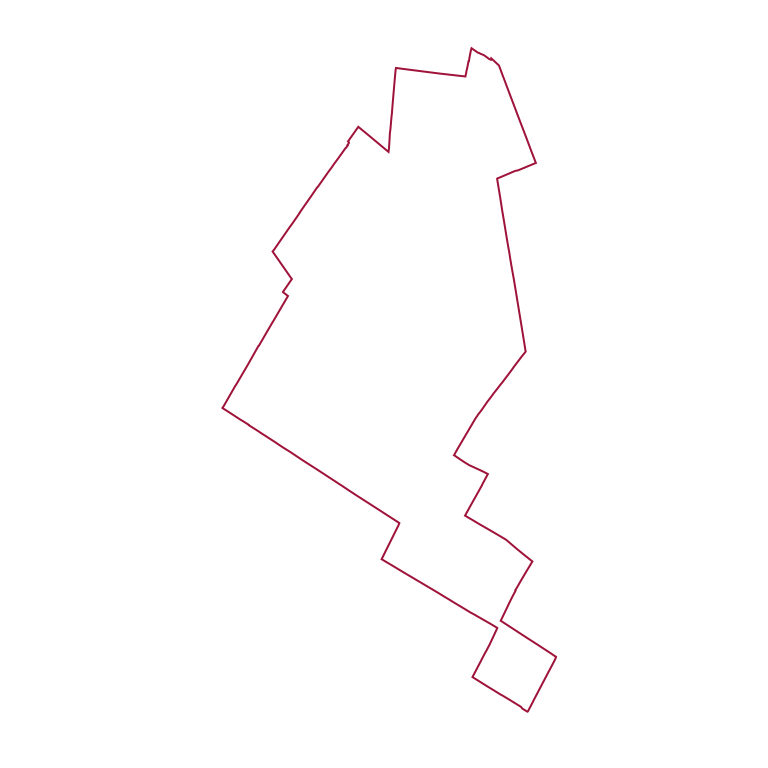 outline of Garbovi, Ialomita, Romania, rotated 88°
{"feature_id": "2599482B59574736363397", "entity_name": "Garbovi", "entity_type": "district", "adm_level": 2, "iso_a3": "ROU", "parent_name": "Romania", "parent_adm1": "Ialomita", "projection": "natural_earth1", "projection_center": [26.782, 44.778], "detail": "fine", "context": "isolated", "style": "outline", "palette": "rose", "viewbox_px": 768, "rotation_deg": 88, "n_neighbors": 0, "source": "geoboundaries", "source_scale": "gbopen_adm2", "svg_char_len": 4010}
<svg xmlns="http://www.w3.org/2000/svg" viewBox="0 0 768 768"><g transform="rotate(88 384 384)"><path d="M402.3,546.3L402.6,546.0L404.4,543.3L407.4,539.0L414.5,528.9L416.9,525.2L418.5,522.9L420.1,520.5L420.4,520.6L422.2,518.0L424.1,515.2L426.5,511.7L429.7,507.3L431.2,505.0L434.3,500.6L437.7,495.7L439.2,493.6L440.2,492.3L441.2,490.9L443.6,487.6L447.2,482.2L447.9,481.2L448.6,480.1L450.5,477.5L455.4,470.7L455.8,470.2L459.3,465.2L464.4,457.8L470.4,449.2L474.5,443.4L482.0,432.8L484.8,428.8L486.6,426.3L489.2,422.7L493.6,416.5L499.3,408.3L504.9,400.2L523.5,373.5L525.8,374.5L534.1,379.0L559.0,392.5L573.2,370.6L587.1,348.9L593.3,339.2L598.9,330.7L606.2,319.6L611.9,310.8L615.6,305.2L616.9,302.9L618.2,300.7L618.9,299.7L627.5,285.8L631.4,279.8L631.8,279.3L632.7,279.8L633.3,280.0L638.2,282.5L643.1,285.0L643.7,285.3L648.2,287.6L650.1,288.7L655.2,291.6L655.8,292.1L663.2,296.3L663.5,296.4L680.0,305.8L689.4,291.9L698.7,277.9L699.0,277.2L703.9,269.7L711.4,258.4L711.9,258.0L713.0,257.3L714.5,255.2L715.9,253.0L716.4,252.3L716.5,252.0L716.3,251.7L715.8,251.3L714.6,250.7L713.0,249.8L710.9,248.6L707.6,246.7L705.0,245.3L703.2,244.3L702.2,243.7L692.7,238.3L681.3,231.8L679.3,230.7L674.7,228.0L671.9,226.4L669.1,224.8L667.5,223.9L666.3,223.2L664.9,222.5L664.3,222.2L664.0,222.0L663.7,221.9L663.2,221.8L662.7,221.8L662.5,221.7L662.3,222.2L658.9,226.8L653.0,235.2L649.2,240.6L642.9,249.7L637.9,256.8L631.3,266.2L624.7,275.6L610.8,268.3L606.3,266.0L600.5,262.8L596.7,260.6L596.2,260.3L595.1,259.7L594.7,260.0L594.0,259.5L591.7,258.0L585.9,254.4L578.2,249.5L576.2,248.2L567.6,242.6L567.2,242.3L566.5,241.9L563.5,245.4L559.9,249.6L558.0,251.8L553.8,256.6L549.7,261.1L545.1,266.1L543.7,267.7L537.2,277.9L528.5,291.8L518.4,307.6L508.2,301.5L497.7,295.1L491.9,291.6L489.6,290.2L489.3,290.0L487.1,288.9L478.4,283.8L477.6,283.3L475.9,286.4L475.4,287.2L468.0,301.8L467.6,302.4L464.5,307.0L463.0,309.1L458.9,314.7L457.6,316.5L457.1,316.1L456.3,315.7L451.5,312.8L421.0,293.4L420.6,293.0L418.4,291.4L417.5,290.8L415.1,288.7L412.3,286.5L411.6,286.0L408.4,283.6L405.3,281.3L401.6,278.2L397.0,274.6L392.2,270.5L388.3,267.3L386.2,265.4L384.3,263.9L381.5,261.6L372.8,254.6L372.5,254.5L361.8,245.8L360.3,244.5L356.6,241.3L343.8,242.9L331.2,244.5L302.4,248.2L284.4,250.5L273.4,252.1L263.0,253.5L257.8,254.1L256.9,254.2L250.2,255.2L247.2,255.6L238.7,256.7L234.0,257.3L225.4,258.4L220.8,259.0L214.2,259.9L209.8,260.4L204.8,261.0L203.0,261.2L194.4,262.3L186.9,263.3L185.8,263.4L182.7,263.8L182.6,263.7L182.0,262.1L181.6,260.9L179.1,254.5L175.8,245.9L175.5,245.0L175.2,242.7L168.4,224.5L158.0,228.1L150.0,230.8L142.2,233.4L123.3,239.9L102.3,247.0L90.8,250.9L82.1,253.8L80.8,254.3L74.4,256.4L69.7,258.0L68.9,258.8L62.3,265.4L63.7,265.8L63.0,267.4L59.2,272.2L58.3,273.8L57.9,274.8L57.5,275.7L57.0,276.6L56.5,277.4L56.2,278.5L52.6,283.3L51.5,284.8L53.3,285.4L55.1,285.9L55.7,286.0L60.9,287.2L62.6,287.5L63.4,287.7L64.1,287.8L64.5,287.9L64.5,288.3L69.3,289.4L71.5,289.9L72.0,290.1L74.2,290.7L74.9,290.8L75.5,290.9L76.0,291.0L77.8,291.5L79.5,291.9L76.0,315.4L76.0,315.6L72.3,338.4L68.6,361.0L70.2,361.4L74.9,362.0L89.5,363.8L109.6,366.2L112.5,366.5L112.9,366.5L116.6,367.1L123.1,367.9L129.6,368.7L133.8,369.4L134.9,369.5L140.7,370.0L146.5,370.6L148.1,370.7L152.2,371.4L134.3,391.4L132.8,393.1L126.1,400.7L140.3,411.5L140.9,410.9L141.2,410.7L141.4,410.7L141.6,410.6L141.9,410.7L142.1,410.8L142.3,410.9L142.6,411.1L144.1,412.3L144.5,412.0L146.4,413.5L147.0,414.3L156.4,421.5L162.8,426.6L163.5,427.1L163.9,427.4L165.7,428.7L170.6,432.6L179.6,439.4L179.9,439.6L180.0,439.7L181.7,441.0L184.6,443.2L184.6,443.3L185.5,444.2L194.1,450.5L205.1,458.8L209.8,462.3L209.9,462.2L211.7,463.5L219.9,469.6L224.1,472.9L241.1,485.6L245.5,488.8L247.7,490.7L274.8,473.2L275.9,472.4L278.0,474.0L281.5,476.6L288.5,481.8L288.7,481.7L292.7,476.9L305.2,484.8L318.0,492.9L318.2,493.1L329.6,500.3L341.1,507.5L341.5,507.8L341.5,508.1L359.5,519.1L369.6,525.5L379.7,531.9L380.2,532.4L399.9,544.6L400.1,544.7L402.3,546.3Z" fill="none" stroke="#9f1239" stroke-width="2"/></g></svg>